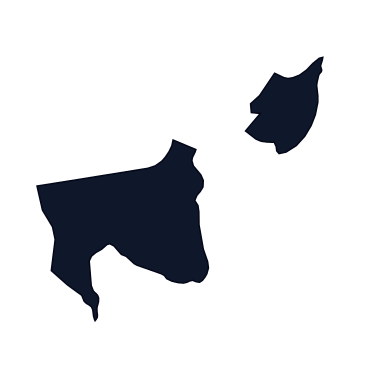 outline of Misamis Oriental, rotated 170°
{"feature_id": "PHL-2595", "entity_name": "Misamis Oriental", "entity_type": "Province", "adm_level": 1, "iso_a3": "PHL", "parent_name": "Philippines", "parent_adm1": "", "projection": "albers", "projection_center": [124.782, 8.703], "detail": "fine", "context": "isolated", "style": "filled", "palette": "ink", "viewbox_px": 384, "rotation_deg": 170, "n_neighbors": 0, "source": "natural_earth", "source_scale": "10m", "svg_char_len": 1595}
<svg xmlns="http://www.w3.org/2000/svg" viewBox="0 0 384 384"><g transform="rotate(170 192 192)"><path d="M180.8,233.1L182.0,230.9L185.6,225.9L186.7,223.0L186.1,217.4L180.3,207.3L178.9,201.4L180.3,195.1L183.7,191.2L187.7,187.9L190.8,183.2L188.5,177.6L188.7,171.3L190.8,158.5L190.8,133.7L188.7,120.7L189.0,114.3L191.7,108.7L194.0,106.0L197.0,103.2L200.2,101.8L203.4,102.9L206.7,104.9L209.7,104.8L212.6,104.0L216.2,103.8L221.5,105.2L227.3,107.7L231.9,111.0L233.8,114.7L236.4,116.8L259.1,129.6L261.4,131.5L268.0,140.1L272.4,142.8L278.2,152.4L281.9,155.3L284.7,155.1L291.0,151.3L297.2,149.1L302.1,146.3L305.2,141.9L307.5,117.3L306.4,111.7L305.3,110.0L304.0,108.4L302.9,106.5L302.4,103.8L303.1,100.3L305.7,94.5L306.3,90.8L306.5,87.1L307.1,84.9L308.6,83.2L309.8,82.1L310.1,83.2L310.5,86.6L310.2,93.5L311.0,96.5L313.0,98.7L315.4,100.7L317.2,103.2L318.5,109.4L330.6,121.9L344.2,139.0L335.0,169.0L335.4,181.9L342.4,200.1L343.6,224.8L317.9,224.3L231.4,223.0L223.7,224.1L216.4,227.5L212.0,231.1L207.5,235.8L203.8,241.0L201.6,246.5L180.8,233.1ZM39.8,301.9L40.9,299.0L43.3,294.4L43.5,293.0L43.1,290.1L43.3,288.8L44.2,287.6L46.2,286.1L47.1,284.7L49.7,278.5L50.7,275.4L51.4,264.7L52.5,258.5L57.1,246.7L63.1,236.8L71.3,227.3L81.2,219.6L92.4,215.0L99.6,214.7L101.4,217.7L101.2,222.3L102.5,226.9L104.0,227.0L110.7,228.5L111.3,228.9L113.2,229.3L115.7,230.3L119.9,233.1L128.7,242.8L111.1,257.5L119.8,259.9L119.0,268.7L108.7,275.2L90.0,294.6L81.7,288.7L77.8,287.1L72.9,287.0L65.8,288.4L58.0,292.2L56.9,293.0L50.8,297.5L43.5,301.6L39.9,301.9L39.8,301.9Z" fill="#0f172a" stroke="#020617" stroke-width="1.5"/></g></svg>